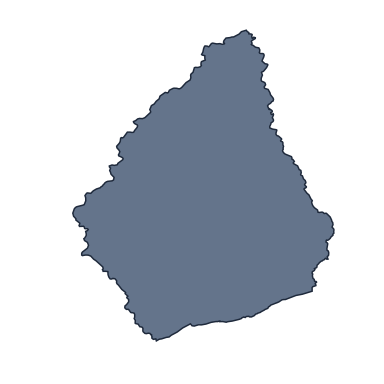 Maimine, Debub, Eritrea (Equal Earth projection), rotated 72°
{"feature_id": "51966322B74270898723774", "entity_name": "Maimine", "entity_type": "district", "adm_level": 2, "iso_a3": "ERI", "parent_name": "Eritrea", "parent_adm1": "Debub", "projection": "equal_earth", "projection_center": [38.484, 14.552], "detail": "fine", "context": "isolated", "style": "filled", "palette": "slate", "viewbox_px": 384, "rotation_deg": 72, "n_neighbors": 0, "source": "geoboundaries", "source_scale": "gbopen_adm2", "svg_char_len": 5872}
<svg xmlns="http://www.w3.org/2000/svg" viewBox="0 0 384 384"><g transform="rotate(72 192 192)"><path d="M329.2,174.0L328.8,170.9L327.8,169.2L327.9,167.6L327.6,167.0L327.6,164.2L327.2,163.1L326.6,159.6L326.3,158.9L326.1,155.9L324.9,154.7L324.7,153.5L323.9,152.0L323.4,143.4L322.4,139.9L322.5,138.5L323.1,136.4L322.5,125.1L323.3,118.7L323.5,108.4L320.0,107.3L319.4,106.4L319.3,103.1L318.5,102.9L317.3,103.2L316.7,102.7L316.4,101.5L315.9,101.4L315.4,101.7L315.0,102.8L314.6,103.0L312.8,102.8L311.6,103.6L309.6,103.5L308.1,103.1L307.4,102.5L306.4,102.9L305.3,102.4L305.0,102.1L304.5,100.0L303.6,99.0L302.7,99.2L302.4,96.9L302.1,96.5L300.2,95.6L299.4,93.8L298.7,92.9L297.7,90.4L297.8,89.4L297.3,88.4L297.2,86.9L296.4,86.0L296.4,85.4L297.6,84.5L297.8,83.4L295.6,83.5L295.1,83.2L294.8,82.2L294.3,81.6L292.0,80.7L290.3,80.6L289.2,81.5L287.7,81.3L283.2,78.9L282.2,79.1L281.0,80.0L279.7,79.4L279.3,79.0L279.8,77.9L279.7,76.9L278.8,74.9L277.6,73.5L276.8,71.4L275.7,71.1L275.0,69.8L273.3,69.4L271.9,68.7L270.7,68.7L268.9,69.6L268.0,69.2L266.7,68.0L264.4,67.6L263.2,68.1L261.9,67.9L258.5,68.3L253.9,70.7L253.6,71.1L253.3,72.9L251.7,73.9L251.3,74.6L250.8,77.2L250.2,78.4L247.9,78.2L244.7,80.5L242.1,81.4L239.5,81.5L238.3,81.2L237.6,80.3L237.2,80.3L235.5,81.0L230.8,81.7L228.8,83.0L224.1,84.6L223.4,84.2L223.2,82.6L222.8,81.8L222.2,81.6L220.6,82.5L219.5,82.5L218.5,80.9L217.8,80.7L216.0,80.8L214.0,81.9L210.8,82.0L209.4,83.3L208.7,83.2L207.6,82.2L205.3,81.8L204.8,82.0L203.9,83.1L199.8,83.5L196.3,86.7L195.6,86.7L194.5,85.2L192.3,86.0L191.6,86.8L190.1,86.4L189.1,86.5L184.8,91.6L183.5,92.5L181.5,93.2L180.4,93.0L179.5,92.0L178.3,91.8L176.8,90.8L175.4,91.0L173.1,90.3L172.2,90.5L171.0,91.9L170.6,91.9L169.4,90.4L168.8,90.5L165.5,92.5L164.7,93.7L163.3,94.3L161.9,93.9L159.4,92.2L158.8,92.6L157.1,95.9L155.1,98.2L153.6,97.8L152.1,96.3L150.7,95.5L150.1,93.4L149.4,92.5L148.1,92.2L146.3,92.7L143.7,90.6L142.7,90.6L142.9,92.2L142.6,92.6L141.0,92.7L140.8,92.5L140.7,91.2L140.4,90.8L139.4,90.7L138.1,91.6L137.3,93.1L136.8,92.5L135.9,93.4L133.4,93.5L132.4,92.1L131.9,89.9L130.8,88.3L130.5,86.7L129.0,85.8L127.6,85.9L123.7,87.3L121.7,87.2L118.0,87.9L116.0,90.7L115.4,91.0L114.3,90.8L112.8,88.9L111.2,88.8L110.3,89.1L108.0,91.6L107.1,91.7L105.0,90.9L102.6,88.9L99.8,89.0L99.5,88.6L99.3,86.8L98.7,85.7L96.7,82.6L94.6,80.6L94.1,80.6L93.5,81.1L92.6,82.9L89.2,84.9L88.3,84.4L85.7,82.0L84.1,81.1L82.9,81.2L82.3,81.7L81.5,83.9L80.8,84.8L80.2,84.9L78.9,84.0L77.7,83.6L75.6,83.9L73.9,86.9L71.5,88.5L70.4,89.9L70.0,90.0L69.7,89.3L69.0,88.9L67.0,89.0L66.6,88.5L65.6,84.4L64.8,84.1L63.9,85.4L64.4,86.5L64.5,87.0L64.2,87.3L62.0,87.0L61.2,86.2L60.7,86.2L60.0,87.0L59.1,89.1L57.9,88.7L56.5,89.9L54.9,90.4L54.8,95.5L56.4,98.5L57.4,104.5L56.9,106.2L56.9,108.1L56.1,112.1L57.7,114.6L58.6,115.4L59.6,115.8L60.6,115.2L61.0,115.3L61.1,115.8L60.9,117.6L59.5,119.6L58.8,122.7L56.8,126.3L56.8,127.7L59.0,130.8L59.0,131.4L58.0,132.4L57.1,134.5L57.5,135.2L59.0,136.5L62.4,138.5L64.2,140.4L64.9,140.0L66.3,137.7L68.9,138.5L70.6,138.6L70.9,142.4L71.3,143.1L73.2,144.0L74.6,144.0L75.5,145.5L75.4,147.9L74.5,150.2L74.5,151.3L78.4,154.0L79.6,156.6L80.5,157.2L83.0,157.8L84.9,159.2L86.1,163.8L89.5,169.7L89.9,171.2L90.0,171.9L89.6,173.0L88.7,174.4L87.7,177.0L87.6,178.1L88.2,182.0L90.0,183.8L90.2,184.6L89.0,186.7L90.7,192.2L91.0,192.9L93.2,194.4L94.7,198.1L96.6,200.7L97.3,203.9L100.6,206.7L101.9,206.5L102.9,206.5L103.5,206.9L106.6,213.5L106.8,214.3L106.9,216.5L105.8,219.2L105.7,221.1L106.7,223.6L106.9,225.9L107.7,226.0L109.1,225.5L111.4,223.3L112.3,223.3L113.6,224.2L115.7,227.5L117.0,228.9L117.1,229.7L116.7,230.9L115.9,232.4L115.1,235.0L118.8,240.1L119.1,241.3L118.5,242.2L118.7,243.2L121.7,244.6L123.2,246.1L125.2,249.5L125.5,249.6L126.9,249.7L129.7,248.5L131.3,248.2L132.7,249.2L134.0,250.5L135.0,250.5L137.4,247.9L138.6,247.2L139.0,247.2L139.9,247.9L141.8,253.6L142.9,254.5L143.0,254.9L142.7,257.6L141.6,259.7L141.7,262.6L142.7,262.8L144.1,262.1L146.3,263.7L147.5,263.4L150.1,263.5L154.0,261.6L156.3,262.9L156.7,264.5L155.8,269.0L155.9,270.4L156.4,272.0L157.4,273.4L157.6,274.1L158.6,275.3L158.9,276.8L159.6,278.0L159.6,282.0L160.2,284.7L160.5,285.8L162.0,288.7L160.6,291.6L160.6,292.6L162.3,294.9L164.7,294.9L167.6,295.8L170.7,298.4L170.8,300.0L170.4,306.1L170.7,307.6L171.6,309.1L175.3,311.9L178.5,312.1L181.5,310.7L182.8,311.1L186.9,308.4L187.4,308.5L189.0,309.8L190.0,309.6L191.1,305.7L192.0,305.3L193.5,305.4L193.9,304.9L194.6,302.7L195.6,302.3L196.4,303.4L196.6,305.3L199.0,305.5L200.6,306.0L202.5,308.1L203.0,309.3L205.0,309.2L207.6,307.0L210.7,306.9L213.1,308.8L215.2,314.7L216.1,315.8L217.9,316.4L218.6,315.9L219.0,313.0L219.9,310.3L221.6,308.1L225.5,306.3L227.8,304.5L235.7,300.0L237.6,300.2L238.2,301.2L239.6,300.8L240.0,301.0L240.6,299.0L241.7,296.6L244.7,297.4L247.1,297.4L249.2,296.8L249.8,295.9L249.9,294.4L249.7,293.8L250.2,293.4L250.5,292.3L251.1,291.9L253.1,291.1L255.0,291.8L256.3,291.6L257.8,290.7L262.9,288.9L267.0,286.2L268.0,287.0L271.2,285.2L271.5,285.9L272.4,286.7L274.6,285.5L276.9,286.2L278.9,289.1L279.6,290.9L281.0,291.6L282.1,291.5L283.4,290.6L283.8,289.0L284.2,288.6L287.3,287.6L287.9,287.2L288.5,285.7L289.5,284.4L291.0,284.4L293.3,285.2L294.5,286.1L296.6,285.6L299.2,286.6L299.6,286.4L301.1,284.0L304.0,283.3L304.8,281.7L305.4,281.1L306.5,280.8L309.0,281.7L309.9,281.6L311.9,280.5L312.6,279.2L312.8,277.1L313.5,275.7L314.5,275.4L315.1,274.6L315.6,275.0L316.8,274.7L318.6,275.3L320.2,274.3L320.5,271.8L322.6,271.9L321.9,268.6L322.3,266.3L322.3,261.5L322.8,258.5L321.8,256.0L320.6,249.3L318.4,242.9L316.9,234.2L319.2,233.3L320.2,231.3L320.3,226.9L321.3,223.9L321.9,219.5L321.9,213.9L322.6,209.4L323.2,207.5L323.2,205.8L323.5,205.1L323.8,205.0L324.0,205.2L324.8,202.6L326.4,199.7L326.4,198.1L327.2,193.4L327.7,186.5L327.6,184.2L327.1,183.4L326.9,181.4L327.8,180.2L327.2,178.8L327.7,176.7L327.8,176.3L328.5,176.0L329.2,174.0Z" fill="#64748b" stroke="#1e293b" stroke-width="1.5"/></g></svg>